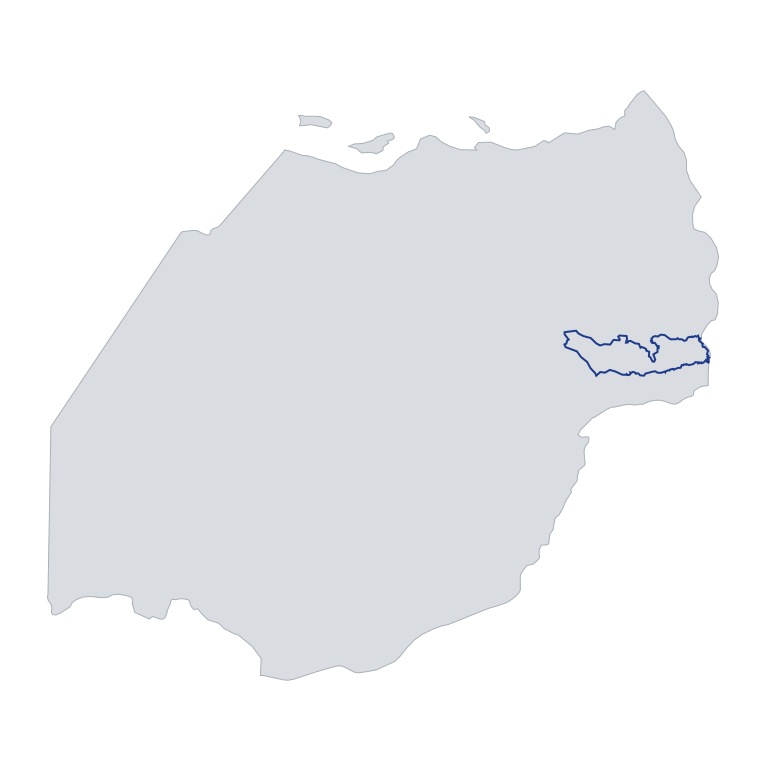 Songea, Ruvuma, United Republic of Tanzania shown in context, rotated 271°
{"feature_id": "72390352B68324313293973", "entity_name": "Songea", "entity_type": "district", "adm_level": 2, "iso_a3": "TZA", "parent_name": "United Republic of Tanzania", "parent_adm1": "Ruvuma", "projection": "natural_earth1", "projection_center": [35.48, -10.415], "detail": "medium", "context": "in_parent", "style": "outline", "palette": "blue", "viewbox_px": 768, "rotation_deg": 271, "n_neighbors": 0, "source": "geoboundaries", "source_scale": "gbopen_adm2", "svg_char_len": 5605}
<svg xmlns="http://www.w3.org/2000/svg" viewBox="0 0 768 768"><g transform="rotate(271 384 384)"><path d="M279.2,573.3L270.5,568.0L262.6,564.8L256.1,561.2L253.2,557.7L247.1,556.4L241.8,555.8L237.0,552.6L227.0,551.4L225.9,549.2L225.7,544.4L223.9,543.2L220.3,542.0L216.4,542.0L214.0,542.7L212.6,542.4L209.3,539.5L206.3,535.9L205.1,530.2L200.5,526.5L195.3,523.6L180.6,523.9L178.3,523.0L174.8,520.1L170.7,515.3L167.4,509.9L164.5,502.4L161.5,492.4L144.6,452.4L142.8,444.9L139.5,436.5L134.1,426.2L128.4,418.6L120.7,411.6L111.9,404.7L107.1,400.1L98.0,381.3L96.2,372.5L94.7,363.3L95.3,359.6L100.9,347.9L101.5,344.6L100.8,340.1L98.0,330.7L94.4,319.4L87.2,298.7L86.2,293.4L86.3,289.5L90.4,268.5L90.4,265.5L107.2,266.0L119.5,256.7L130.2,243.0L132.3,237.2L136.7,228.4L140.9,224.0L142.6,221.0L145.0,212.2L150.6,206.2L156.1,201.6L155.0,198.4L155.8,197.2L158.8,194.8L164.6,192.7L165.7,188.1L165.7,182.8L164.7,179.9L164.9,176.6L164.0,174.7L160.2,174.2L154.6,171.6L149.8,170.5L146.6,169.0L145.4,167.8L144.9,164.7L147.5,156.7L144.9,153.4L150.8,140.0L151.8,138.4L154.0,138.2L157.4,136.8L160.5,136.1L163.0,136.6L164.9,136.1L166.6,134.6L168.0,130.0L169.1,122.5L168.5,116.3L166.0,111.6L165.4,104.3L166.5,94.6L165.7,86.5L163.0,80.0L160.2,76.2L156.0,74.3L149.3,64.5L147.3,59.7L147.7,56.7L150.0,55.4L154.2,55.9L158.2,54.7L161.9,52.0L165.5,51.2L167.4,51.7L335.5,51.7L531.9,178.4L532.8,180.0L534.3,190.9L534.0,194.6L530.9,200.9L530.0,204.2L530.0,206.5L530.8,207.4L533.3,207.7L535.5,209.2L536.3,210.3L538.0,215.1L540.1,217.5L614.7,279.7L616.4,280.6L615.3,285.8L611.1,298.5L610.8,303.8L609.2,310.0L607.6,314.1L603.3,331.9L599.7,338.6L594.7,354.2L593.9,366.1L596.6,374.5L597.6,382.3L603.4,390.0L607.9,392.8L611.1,396.3L616.5,404.3L619.7,412.4L629.6,416.3L633.5,425.3L632.0,431.6L627.4,436.7L623.1,445.0L619.6,456.0L619.5,472.7L621.9,470.2L627.1,474.3L627.7,486.6L622.3,501.0L620.6,507.7L620.3,513.5L624.2,530.7L630.1,539.4L629.7,542.2L628.1,544.5L638.2,560.0L637.3,573.5L641.1,584.0L642.7,593.0L645.2,600.0L645.7,604.8L642.5,610.2L649.9,611.5L654.3,615.9L656.3,620.0L661.6,619.9L664.5,622.7L668.7,625.1L677.9,632.1L680.4,635.6L681.8,639.0L656.4,661.1L647.2,666.8L640.7,669.5L633.7,670.9L627.1,674.4L620.8,679.9L612.7,682.6L603.0,682.7L592.7,686.5L576.5,697.9L567.1,691.6L559.7,689.6L551.2,689.8L546.0,690.6L544.2,691.9L542.5,695.8L541.2,702.2L535.6,708.3L525.8,714.2L516.8,716.4L508.6,714.9L503.0,712.5L500.1,709.1L495.8,707.5L490.2,707.8L484.7,710.2L479.6,714.8L471.3,716.8L459.9,716.2L453.9,713.9L453.0,710.1L448.0,705.7L438.9,700.5L432.2,700.4L427.9,705.3L424.0,708.4L420.4,709.7L417.2,709.8L412.7,708.5L400.1,708.0L388.2,708.2L387.0,701.1L384.5,696.7L382.4,694.1L378.3,693.5L377.1,691.5L375.8,687.1L373.7,683.3L371.1,680.2L369.4,677.3L368.9,674.6L369.3,671.7L371.8,664.4L372.6,659.4L372.3,654.2L371.0,649.0L368.1,642.8L368.4,641.0L367.5,636.7L367.4,633.7L367.9,630.0L367.4,625.1L364.9,614.7L364.9,612.0L362.4,607.0L354.4,595.0L354.1,593.5L341.6,581.4L336.7,578.8L334.9,581.1L334.2,583.1L334.8,587.0L334.5,588.9L333.9,589.8L331.0,589.6L329.1,589.2L324.4,586.0L320.8,585.2L311.7,585.8L308.5,586.5L306.0,585.8L301.2,580.3L295.5,579.1L290.5,578.8L282.1,572.6L279.2,573.3ZM631.0,372.6L635.0,385.8L634.5,388.3L631.6,389.8L630.1,389.9L628.3,387.8L627.0,383.4L624.8,384.4L621.1,379.1L617.4,378.8L614.1,372.5L615.4,366.9L614.7,357.5L618.7,352.7L621.0,344.5L623.5,350.1L624.1,358.7L627.6,368.9L631.0,372.6ZM650.8,293.9L651.2,297.0L650.3,300.0L650.5,309.3L650.2,315.6L647.1,324.2L644.6,327.3L642.3,326.4L640.5,325.0L639.1,322.6L642.0,306.8L640.6,295.2L646.3,296.3L650.8,293.9ZM642.2,484.5L639.3,485.3L638.2,484.6L636.4,482.0L639.5,479.8L642.5,475.5L649.5,469.2L652.7,464.2L652.2,469.1L648.2,479.8L644.9,480.5L642.2,484.5Z" fill="#d9dde1" stroke="#a8b0b8" stroke-width="1"/><path d="M420.0,576.3L414.4,580.5L409.6,586.7L403.3,590.3L398.6,594.9L396.0,596.1L399.7,600.0L399.2,604.8L402.0,609.5L400.6,615.0L397.5,621.9L397.4,625.4L398.2,626.4L397.2,627.1L397.2,628.5L397.9,629.9L399.8,630.0L399.3,630.9L400.4,632.4L400.1,634.3L398.6,635.7L399.2,636.8L398.8,638.4L397.1,639.9L396.9,643.9L399.0,645.3L401.1,652.7L401.4,655.1L400.0,657.5L400.0,660.8L401.4,664.7L400.6,665.1L401.6,665.6L402.7,667.9L402.5,669.3L403.5,669.8L404.2,673.0L403.4,673.5L405.2,677.6L405.4,680.3L408.1,681.4L408.0,682.9L408.9,683.7L408.5,685.8L409.1,686.2L408.2,688.6L409.4,693.0L411.3,695.0L411.1,697.7L410.4,697.7L410.9,698.5L410.3,698.7L411.1,700.9L410.3,701.2L410.9,703.0L413.4,705.3L412.2,705.8L411.1,708.0L412.2,708.4L412.5,707.7L414.2,708.0L414.1,706.9L415.5,707.1L416.2,708.4L416.9,706.9L418.0,707.7L419.4,706.4L423.0,707.4L426.6,704.0L426.6,702.3L428.1,701.6L429.7,702.1L432.9,698.2L434.7,698.0L434.3,699.1L435.0,699.5L435.1,698.1L437.8,697.2L436.8,695.7L437.4,694.3L436.4,692.5L436.9,691.2L436.2,690.6L436.5,688.6L435.6,686.8L433.0,685.4L432.4,683.4L433.9,681.0L433.9,678.1L434.9,676.7L433.8,675.2L433.7,669.6L437.8,663.8L438.0,662.0L438.1,659.6L436.3,657.2L436.6,654.0L435.9,652.4L434.1,650.6L431.8,651.4L431.8,650.2L430.5,650.6L429.6,651.7L429.9,654.1L427.0,656.1L426.7,658.0L424.9,658.0L425.2,656.9L420.8,656.9L418.3,652.8L413.2,654.7L411.1,653.8L411.2,652.1L415.4,649.8L416.2,648.4L420.8,648.6L422.0,645.6L423.4,645.5L424.4,644.1L425.5,640.8L424.8,639.8L428.6,638.1L429.0,634.4L431.4,629.7L431.2,627.8L429.7,626.8L429.6,625.2L433.6,626.2L436.2,625.7L436.6,618.6L435.5,617.4L432.7,619.0L431.8,618.7L432.1,612.7L427.4,609.5L427.7,603.6L426.3,599.4L428.4,595.4L433.6,589.9L435.4,582.5L437.9,577.6L440.6,575.1L439.0,563.7L436.8,563.7L431.6,567.9L430.7,566.3L427.7,565.7L426.7,563.7L424.0,565.0L420.0,576.3Z" fill="none" stroke="#1e3a8a" stroke-width="2"/></g></svg>